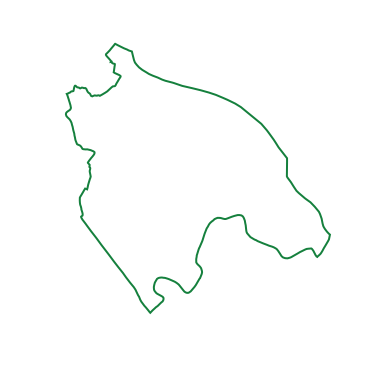 Mang Thit, Vĩnh Long, Vietnam (orthographic projection), rotated 13°
{"feature_id": "81297802B20675443699466", "entity_name": "Mang Thit", "entity_type": "district", "adm_level": 2, "iso_a3": "VNM", "parent_name": "Vietnam", "parent_adm1": "Vĩnh Long", "projection": "orthographic", "projection_center": [106.063, 10.182], "detail": "fine", "context": "isolated", "style": "outline", "palette": "green", "viewbox_px": 384, "rotation_deg": 13, "n_neighbors": 0, "source": "geoboundaries", "source_scale": "gbopen_adm2", "svg_char_len": 5584}
<svg xmlns="http://www.w3.org/2000/svg" viewBox="0 0 384 384"><g transform="rotate(13 192 192)"><path d="M101.8,68.6L98.5,68.3L96.7,67.8L93.5,67.3L90.5,66.6L86.8,65.7L83.8,64.9L83.5,65.3L83.0,66.5L81.0,70.4L80.0,72.5L78.1,75.7L77.4,76.7L77.2,77.2L77.3,77.8L77.5,78.0L78.3,78.8L81.5,81.0L82.6,81.8L83.5,82.5L83.5,83.3L83.5,83.6L84.0,83.4L84.5,83.2L84.9,84.0L85.4,84.4L85.8,84.5L87.9,84.6L88.1,84.8L88.3,86.3L88.3,87.0L88.7,91.5L88.8,93.0L90.2,93.5L91.7,93.8L94.7,94.4L96.0,94.9L96.3,95.1L96.5,95.7L96.2,96.7L95.7,97.9L94.5,101.7L93.9,103.5L93.5,105.4L93.1,106.1L92.7,106.3L92.0,106.6L91.1,106.9L90.1,108.1L88.9,109.9L87.4,112.1L86.9,112.9L85.2,114.7L82.5,117.3L80.6,119.0L80.3,118.9L79.8,118.8L78.8,118.9L78.0,119.4L77.3,119.6L76.6,119.7L75.9,119.7L75.4,119.8L74.6,120.3L73.7,120.9L73.4,121.2L72.9,121.2L72.5,121.1L72.0,121.0L71.4,120.3L71.0,119.7L70.4,119.2L69.9,118.9L69.2,118.7L68.6,118.4L67.8,117.8L66.7,116.5L65.9,115.4L65.4,115.0L64.9,114.8L64.4,114.7L63.9,115.0L63.2,115.1L62.6,115.0L62.1,115.0L61.5,115.0L61.1,115.1L60.5,115.6L60.0,116.1L59.5,116.2L59.1,116.1L58.7,115.9L58.2,115.7L57.4,115.8L56.6,115.8L56.2,115.6L55.7,115.3L55.2,115.0L54.7,114.7L54.2,114.7L54.0,114.9L53.9,115.2L53.7,116.3L53.7,116.8L53.7,117.7L53.8,119.4L53.7,119.9L53.7,120.3L53.4,120.5L53.1,120.7L52.4,120.9L51.9,121.1L51.6,121.4L51.2,121.8L50.9,122.4L50.6,122.6L50.0,123.0L49.1,123.8L47.9,124.6L48.7,125.6L49.6,127.1L50.3,128.3L51.1,129.6L51.5,130.4L52.3,131.7L54.1,134.9L54.6,136.1L55.0,136.9L55.1,137.4L55.1,137.9L55.0,138.4L54.7,139.2L54.3,139.8L53.4,140.7L52.3,142.0L51.8,142.8L51.7,143.1L51.6,143.4L51.6,143.7L51.6,143.9L51.6,144.2L51.6,144.4L51.7,144.8L52.5,146.2L52.9,146.5L53.8,147.2L55.0,147.9L56.3,148.7L57.3,149.6L58.2,150.6L59.1,151.8L60.0,153.6L61.0,155.3L61.8,157.1L62.6,158.8L64.1,161.5L64.8,163.4L65.8,165.4L66.2,166.4L66.7,167.5L67.4,168.6L68.1,169.6L68.7,170.5L69.1,171.1L69.6,171.4L70.8,171.6L71.9,171.8L72.6,172.0L73.1,172.3L73.7,172.7L74.6,173.6L75.2,174.2L75.6,174.6L76.1,174.7L76.7,174.7L78.4,174.5L80.4,174.0L81.6,174.0L83.7,174.0L85.0,174.2L85.7,174.4L86.8,174.5L87.6,174.9L88.0,175.1L88.2,175.6L88.3,176.5L88.1,177.4L87.7,178.4L87.1,179.7L86.0,181.8L84.6,184.9L83.9,186.7L84.0,187.0L85.1,187.8L86.2,188.6L86.3,189.5L86.3,190.2L86.4,190.6L86.6,190.9L87.0,191.0L87.3,191.3L87.4,191.6L87.6,192.1L87.6,194.0L87.6,194.5L87.9,195.5L89.3,198.5L89.8,199.7L89.8,200.2L89.8,200.9L89.6,202.3L89.3,206.5L89.2,208.6L89.3,211.7L89.2,212.1L89.2,213.0L88.1,212.8L87.1,212.7L86.5,214.5L86.0,216.2L84.9,219.7L84.2,221.8L84.0,222.8L84.6,225.7L85.2,227.7L85.9,229.5L87.0,231.2L87.8,232.8L88.2,234.0L89.4,236.0L90.1,237.3L90.4,238.1L90.6,238.9L90.6,239.6L89.5,240.9L89.8,241.7L91.4,243.5L95.5,246.9L97.2,248.4L101.3,251.9L101.4,252.0L102.2,252.7L109.2,258.4L115.8,264.1L124.9,271.6L128.8,274.9L131.6,277.3L137.1,281.8L142.9,286.4L146.8,289.9L152.0,294.2L156.7,297.8L158.9,299.9L162.6,304.6L164.0,306.0L165.8,308.6L167.2,310.2L171.2,313.6L173.1,314.9L176.2,317.3L177.9,318.7L178.5,319.1L180.2,316.2L182.0,313.6L182.7,312.5L184.2,310.8L185.4,308.9L186.8,306.7L187.9,305.3L188.0,305.2L188.4,303.5L188.3,302.6L188.1,301.7L187.0,300.7L185.1,300.1L182.9,299.5L181.1,299.0L179.9,298.5L179.2,297.9L178.1,297.1L177.1,295.9L176.7,294.9L176.2,293.2L176.1,290.9L176.2,288.6L177.0,286.0L177.5,284.5L178.5,283.5L179.3,283.0L180.5,282.5L181.9,282.1L183.4,282.0L184.8,281.8L185.9,281.8L186.4,281.9L187.2,281.9L189.1,282.1L192.3,282.7L195.4,283.3L197.4,284.0L199.8,285.1L201.1,286.1L205.6,289.7L206.9,290.7L207.6,291.0L208.6,291.3L209.4,291.4L210.3,291.3L211.4,290.9L213.1,289.1L215.8,283.9L216.7,281.7L218.7,275.2L219.0,274.4L219.2,274.2L219.9,269.8L219.9,268.1L219.5,266.8L218.0,264.2L216.9,263.2L215.8,262.4L214.4,261.6L213.3,260.9L212.1,259.8L211.9,259.3L211.2,256.4L211.1,254.1L210.9,252.6L211.0,251.9L211.3,247.5L211.5,245.4L211.7,244.6L211.8,244.4L212.9,238.3L213.1,237.1L213.6,230.7L213.7,229.6L214.5,224.2L215.2,222.3L215.9,219.7L216.7,218.0L217.9,216.3L219.1,214.9L220.1,213.3L220.4,213.1L221.7,212.1L222.8,211.4L224.3,211.1L225.6,210.9L226.7,210.9L228.0,211.0L229.7,211.0L231.0,210.7L233.2,209.3L236.3,207.2L238.8,205.7L241.1,204.5L241.7,204.2L243.3,203.8L245.4,203.7L245.8,203.8L246.4,204.1L247.1,204.4L247.9,205.2L248.5,205.9L249.9,208.0L250.9,210.4L251.8,212.3L253.5,217.2L254.1,218.6L255.0,219.8L257.3,221.5L259.1,222.8L261.8,223.7L263.7,224.3L265.2,224.5L267.1,225.1L273.1,226.1L276.8,226.6L279.2,227.0L282.2,227.2L284.1,227.5L285.5,227.9L286.5,228.2L287.6,228.7L289.8,230.5L290.0,230.8L291.2,231.9L293.6,234.3L295.2,235.2L296.4,235.4L297.5,235.5L298.5,235.4L300.1,235.1L302.3,233.9L303.3,233.2L308.7,228.2L311.1,225.9L311.3,225.8L315.2,222.6L316.5,221.7L318.1,221.1L320.0,220.5L320.8,220.2L321.3,220.3L321.7,220.5L323.4,221.9L326.6,225.7L328.0,226.9L328.6,227.0L328.6,226.9L329.7,225.5L331.0,223.6L331.6,222.2L332.3,220.1L333.1,217.1L334.0,214.4L335.6,209.3L336.1,207.4L336.1,207.0L336.0,202.5L334.5,201.7L332.3,200.2L329.7,198.0L327.8,196.0L326.4,193.5L324.3,188.8L321.7,184.7L320.1,182.7L315.0,178.8L309.8,175.4L305.0,173.4L303.4,172.7L301.7,171.8L296.3,169.0L293.5,167.3L290.1,164.1L286.2,160.2L281.6,156.3L280.9,155.3L277.7,140.6L277.0,137.7L266.3,129.0L265.6,128.3L264.4,127.1L262.7,125.4L259.8,122.6L256.6,119.8L253.6,117.2L251.0,115.0L244.2,110.0L223.0,99.5L220.6,98.3L214.7,96.3L214.1,96.1L205.8,94.2L201.0,93.3L193.5,92.0L186.1,91.3L177.5,90.9L168.8,90.8L158.6,90.8L149.8,89.9L148.2,89.8L141.0,89.6L137.6,89.2L132.9,88.2L127.7,87.5L123.6,86.7L120.7,85.7L116.1,84.2L112.4,82.5L109.5,80.5L107.3,78.7L105.8,76.5L103.4,71.8L101.8,68.6Z" fill="none" stroke="#15803d" stroke-width="2"/></g></svg>